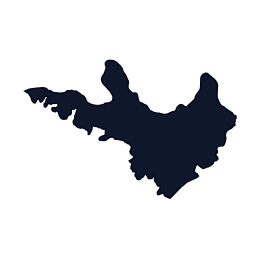 the district of Miguelópolis, São Paulo, Brazil, rotated 6°
{"feature_id": "56859067B41610080669691", "entity_name": "Miguelópolis", "entity_type": "district", "adm_level": 2, "iso_a3": "BRA", "parent_name": "Brazil", "parent_adm1": "São Paulo", "projection": "mercator", "projection_center": [-48.166, -20.191], "detail": "fine", "context": "isolated", "style": "filled", "palette": "ink", "viewbox_px": 256, "rotation_deg": 6, "n_neighbors": 0, "source": "geoboundaries", "source_scale": "gbopen_adm2", "svg_char_len": 4737}
<svg xmlns="http://www.w3.org/2000/svg" viewBox="0 0 256 256"><g transform="rotate(6 128 128)"><path d="M115.5,69.0L113.8,67.0L112.6,66.2L110.3,64.3L107.9,63.0L106.0,62.6L103.6,62.6L101.3,63.0L100.0,63.8L98.8,65.3L98.8,66.9L100.1,70.3L99.1,75.1L98.6,76.6L97.4,78.8L96.7,81.1L96.6,82.5L97.7,85.3L98.8,86.6L102.7,90.0L106.2,93.1L109.6,97.5L110.0,99.7L109.9,102.0L108.5,103.7L107.5,104.7L102.3,106.0L101.2,107.5L98.8,108.0L96.1,108.9L92.2,108.9L88.5,108.3L86.8,107.7L85.3,106.9L84.2,106.1L83.3,104.7L82.9,103.7L82.1,102.5L80.4,100.8L78.1,100.0L76.9,99.0L75.5,98.2L72.8,96.8L70.0,97.0L68.2,96.4L66.3,97.1L63.7,97.2L62.2,99.0L59.1,100.2L55.8,100.6L53.2,100.5L50.9,100.6L48.9,100.1L47.0,98.9L45.7,99.2L44.6,98.9L43.7,98.1L42.5,97.2L39.3,96.8L32.9,98.0L26.7,99.5L25.0,100.2L21.6,102.1L23.1,102.8L24.1,103.3L25.5,104.0L26.4,105.1L27.2,106.0L28.1,107.2L29.0,109.0L29.5,110.5L31.6,112.7L32.8,112.8L33.6,111.8L34.3,109.8L34.8,108.5L36.4,108.5L37.0,109.5L38.2,111.4L39.6,110.6L41.4,107.6L41.7,106.0L43.1,105.1L45.1,105.1L45.1,106.4L43.9,107.9L43.5,110.6L43.1,111.8L42.1,112.9L42.4,114.8L43.4,115.9L44.6,115.1L45.4,112.9L46.4,111.9L47.6,112.0L49.0,112.5L50.2,111.4L51.6,111.3L52.9,111.1L54.7,110.6L56.1,111.8L56.3,113.2L54.6,115.4L53.4,115.4L52.2,115.6L50.7,115.8L50.2,117.1L51.2,118.9L53.8,119.5L55.2,118.3L56.7,118.9L58.1,122.1L59.0,123.6L59.9,124.5L60.6,125.5L62.6,126.0L64.0,125.8L66.0,125.2L66.4,123.2L67.5,121.4L68.7,121.1L69.6,120.4L70.0,119.2L69.7,117.4L69.8,115.4L71.1,114.8L72.3,115.1L73.0,114.0L75.0,113.3L75.5,115.2L74.9,117.6L74.6,120.0L73.8,121.5L73.9,123.0L74.3,124.5L73.0,126.3L72.9,127.7L73.8,130.1L75.6,130.6L76.7,131.9L78.1,132.5L80.5,133.1L81.8,132.7L83.1,132.7L85.0,133.1L86.5,134.2L88.1,134.6L88.8,135.8L89.0,137.0L89.3,138.5L90.5,138.0L90.9,136.3L92.0,134.4L92.1,132.8L92.1,131.3L92.6,130.2L94.0,129.3L95.9,129.9L97.7,129.8L98.9,130.7L100.4,130.3L101.6,131.1L102.8,131.6L104.2,131.7L106.0,131.4L105.9,134.5L106.3,136.7L105.4,137.9L103.2,138.9L101.7,139.6L100.3,141.7L101.0,143.1L102.6,142.9L104.4,143.0L106.2,142.7L107.6,142.2L108.3,141.1L109.5,140.6L110.2,139.6L112.2,138.7L113.9,138.9L115.1,138.8L115.6,140.1L116.7,140.6L118.3,140.2L119.7,140.4L122.0,140.5L123.8,141.0L125.4,140.9L126.4,142.3L127.7,142.6L129.3,143.5L131.2,143.8L132.0,144.9L133.3,145.9L133.4,147.8L132.9,149.5L132.4,150.9L133.1,152.7L134.1,153.9L135.7,154.7L136.9,156.0L136.2,157.8L134.6,159.2L132.7,160.4L133.4,161.5L134.9,162.2L135.9,164.1L135.1,165.5L135.1,166.7L135.2,168.0L136.7,169.2L137.4,170.9L139.2,170.6L140.6,171.9L139.9,173.8L140.4,175.3L141.5,176.0L142.2,177.7L144.0,178.3L145.5,177.6L146.1,176.6L147.2,175.8L148.4,174.6L149.2,172.4L150.8,172.4L152.1,173.3L152.5,174.7L153.7,176.0L155.5,176.0L157.0,175.6L157.6,174.5L158.6,172.5L159.5,173.6L159.9,177.2L160.3,178.4L161.5,179.2L163.5,182.4L165.7,182.5L166.3,184.1L165.8,185.4L163.9,188.8L164.3,190.7L165.6,191.1L166.6,190.4L168.0,189.9L169.5,188.8L170.7,189.6L171.2,191.4L173.2,192.2L175.7,193.0L177.2,193.4L187.4,180.4L188.9,179.2L190.0,177.9L191.6,176.2L193.1,175.0L195.0,173.9L197.1,172.6L199.7,171.1L201.8,169.8L203.1,168.4L202.0,167.3L201.5,166.2L200.2,166.0L199.0,165.0L198.3,163.7L198.6,162.2L199.2,159.0L200.0,157.4L201.1,156.8L203.2,158.4L205.2,159.6L207.0,160.4L208.6,159.7L209.6,158.9L211.1,158.4L212.6,157.8L213.6,157.0L214.7,156.0L215.7,155.2L216.5,153.8L216.6,152.5L217.6,151.5L219.3,151.1L220.6,149.6L220.3,148.0L219.0,146.5L217.5,145.0L219.2,143.5L219.4,142.1L218.6,140.3L218.4,138.6L219.2,137.1L220.9,136.4L222.8,135.9L224.1,135.9L224.9,135.0L225.6,133.5L226.0,131.7L226.1,130.0L226.4,128.3L226.0,126.7L225.5,125.4L225.6,123.2L225.9,121.9L226.6,120.7L227.6,119.6L228.5,118.9L229.7,118.1L231.0,117.2L232.0,115.9L233.0,114.8L234.1,113.9L233.3,111.2L233.9,110.0L233.3,108.4L234.2,107.4L234.4,106.3L234.2,105.0L232.9,104.4L231.6,104.1L230.1,102.1L224.8,99.5L221.0,97.0L219.1,96.4L217.9,95.6L216.9,94.5L213.8,89.3L213.4,88.2L213.0,85.4L212.7,80.3L212.6,77.0L212.4,75.5L211.5,73.6L209.9,71.7L208.4,70.4L201.2,65.5L199.5,65.4L197.9,66.3L196.7,67.1L195.5,69.4L195.3,71.0L195.9,78.3L196.0,80.5L195.7,82.1L195.0,83.7L193.4,86.2L191.8,89.6L191.5,92.3L190.3,93.7L188.4,96.1L187.1,97.4L185.8,98.9L184.6,100.6L183.0,101.2L181.6,100.5L180.2,99.6L178.7,99.2L177.4,99.4L176.5,100.2L175.5,101.3L174.7,102.2L173.7,105.6L172.8,106.7L170.4,107.3L165.6,110.1L163.2,110.8L161.0,110.7L157.6,110.1L156.0,110.2L152.4,110.0L149.5,108.9L148.0,108.3L146.9,107.2L145.7,105.6L144.4,103.9L143.2,103.4L141.5,102.9L139.1,101.7L137.8,101.6L136.2,100.7L135.0,98.3L134.1,95.0L133.5,93.5L132.4,92.6L131.2,92.5L128.9,92.9L124.8,89.8L124.1,88.6L123.5,87.2L123.6,82.5L123.3,81.2L122.5,80.1L120.1,75.7L118.7,74.1L117.7,73.2L116.8,71.6L116.3,70.2L115.5,69.0Z" fill="#0f172a" stroke="#020617" stroke-width="1.5"/></g></svg>